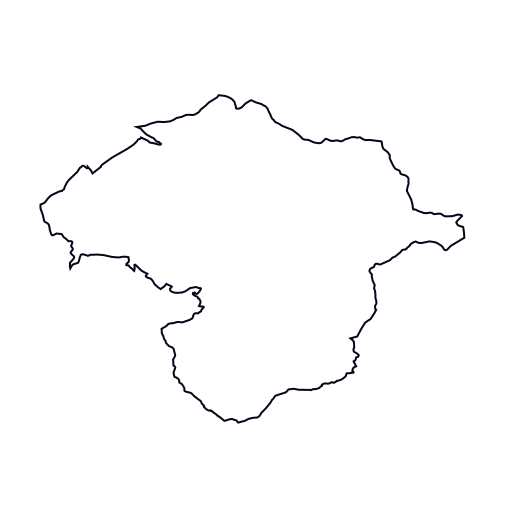 Provita De Jos, Prahova, Romania, rotated 174°
{"feature_id": "2599482B19727908456593", "entity_name": "Provita De Jos", "entity_type": "district", "adm_level": 2, "iso_a3": "ROU", "parent_name": "Romania", "parent_adm1": "Prahova", "projection": "natural_earth1", "projection_center": [25.674, 45.11], "detail": "fine", "context": "isolated", "style": "outline", "palette": "ink", "viewbox_px": 512, "rotation_deg": 174, "n_neighbors": 0, "source": "geoboundaries", "source_scale": "gbopen_adm2", "svg_char_len": 6097}
<svg xmlns="http://www.w3.org/2000/svg" viewBox="0 0 512 512"><g transform="rotate(174 256 256)"><path d="M276.3,419.8L278.3,417.7L286.7,413.7L290.8,410.5L295.8,407.3L297.3,405.5L298.3,404.8L301.8,403.2L304.2,402.8L307.1,403.4L310.9,403.6L315.2,402.2L320.8,401.5L323.5,400.1L327.4,398.9L333.2,398.8L339.8,399.8L346.6,398.8L352.4,397.1L361.1,396.8L357.3,394.7L356.0,392.7L352.4,388.4L347.7,385.1L345.6,384.0L343.3,380.8L342.3,380.0L340.6,379.4L338.7,377.4L339.3,376.7L341.6,377.1L344.1,378.2L350.1,380.1L350.7,381.1L351.8,382.2L357.9,385.8L358.0,385.3L358.6,384.8L361.1,384.2L362.6,382.4L366.2,379.5L373.3,375.8L388.7,369.0L399.3,363.0L400.8,361.6L400.9,360.9L409.9,355.2L411.2,358.3L413.9,362.1L413.9,361.1L414.9,360.9L417.8,363.6L419.4,363.8L420.6,362.7L421.9,362.1L425.1,358.2L434.2,351.1L436.2,349.0L438.8,345.1L440.0,342.4L441.3,341.8L442.3,340.8L443.6,341.0L445.0,340.7L451.7,338.4L454.1,337.3L456.6,335.3L460.4,331.3L462.7,330.3L464.9,329.8L465.2,327.8L465.3,325.6L463.7,318.8L463.0,313.0L462.4,312.0L460.0,310.4L458.8,308.9L458.3,305.3L458.4,303.8L457.4,299.2L456.7,298.0L455.7,297.8L452.1,299.2L447.3,298.2L446.7,297.6L445.2,294.7L442.5,292.3L441.3,290.6L440.9,290.3L438.1,290.0L437.3,289.3L437.4,288.0L438.8,285.5L438.8,285.0L437.5,282.8L437.4,282.1L437.9,281.1L439.8,279.3L440.0,278.5L439.4,277.3L437.3,274.9L437.0,273.5L437.7,272.3L441.7,268.7L442.2,264.7L442.0,263.0L440.0,265.8L438.7,266.8L433.7,267.8L432.6,269.6L431.4,272.9L430.1,275.4L428.9,275.9L426.4,275.3L423.2,273.8L421.8,274.0L421.0,274.5L413.5,274.0L407.4,272.8L399.2,270.1L392.8,268.9L388.0,269.2L384.8,268.7L382.9,268.1L382.9,264.3L383.5,263.2L385.7,261.7L385.9,260.5L383.7,259.9L382.3,257.8L380.2,256.0L379.5,254.6L378.7,253.9L377.9,256.6L377.9,259.8L377.4,260.1L376.9,259.9L371.4,253.4L369.7,252.1L365.9,249.7L367.7,247.8L367.6,247.0L366.0,245.7L364.3,245.1L362.5,243.9L361.3,242.0L359.8,238.6L356.3,234.7L354.3,233.1L350.1,235.5L348.1,237.6L343.0,234.5L342.9,234.3L345.0,232.2L345.0,231.0L344.0,229.6L341.1,228.1L337.5,227.5L333.0,227.5L329.9,228.3L324.8,231.0L319.3,231.4L317.4,230.8L316.2,230.0L314.8,229.9L314.2,229.5L314.8,228.0L315.9,226.8L317.2,225.5L318.7,224.5L320.2,224.9L320.8,226.1L321.5,225.7L322.4,225.9L322.8,224.8L322.2,223.9L320.8,222.8L318.5,221.5L317.8,219.7L317.0,219.5L316.0,217.1L316.0,216.2L316.3,214.9L317.9,212.1L313.4,211.0L313.4,210.4L316.0,208.0L316.3,206.9L316.8,206.4L317.9,206.2L319.4,205.1L322.3,205.4L323.8,204.9L325.8,200.7L328.7,199.4L336.1,197.7L341.0,198.6L344.6,198.0L349.5,197.8L350.5,197.5L351.4,196.5L353.6,195.2L357.5,193.5L357.7,189.0L357.4,187.9L356.5,186.0L356.4,184.6L355.9,182.8L354.7,180.7L354.6,179.0L352.1,175.6L348.8,173.8L347.6,172.2L346.7,165.7L347.0,164.9L349.4,161.5L349.3,159.1L349.6,156.0L348.2,154.4L347.9,153.6L350.1,148.8L350.2,147.6L349.7,144.3L347.8,143.4L346.1,141.9L345.3,140.3L345.6,138.7L345.4,138.1L343.0,136.3L341.4,133.0L341.1,131.8L341.3,129.7L341.1,129.2L339.9,128.4L335.4,126.8L334.3,125.9L331.8,122.7L326.1,117.5L325.3,114.9L323.3,112.4L323.6,111.9L323.5,111.2L321.2,108.6L319.2,107.3L317.5,106.8L317.3,107.2L316.2,106.5L314.9,104.9L314.6,104.9L311.6,102.1L311.0,101.1L309.8,100.5L309.8,100.1L308.6,99.4L304.9,95.5L304.3,95.3L300.4,96.2L297.1,96.5L292.5,94.4L291.4,92.4L290.8,92.2L284.2,93.3L280.4,94.8L275.7,95.4L271.5,95.2L268.9,96.8L267.3,99.2L262.5,103.2L257.2,108.3L255.3,111.0L253.7,112.3L251.8,114.6L250.5,115.2L241.3,117.1L239.8,117.8L238.6,118.9L238.4,119.4L237.4,119.9L232.3,120.0L227.1,118.4L216.8,117.3L215.6,116.8L213.2,117.6L210.4,117.4L206.9,118.1L205.1,119.6L204.0,119.9L203.8,120.4L204.0,120.9L203.7,121.3L201.1,122.1L197.4,121.5L196.1,121.7L193.9,122.6L192.1,121.8L191.4,121.8L190.7,122.3L189.4,122.7L188.9,123.3L185.6,123.7L183.3,124.5L179.7,126.7L179.1,127.6L178.2,129.8L173.8,129.7L173.0,130.1L171.5,129.7L171.1,130.2L171.4,131.0L172.1,131.5L172.2,131.9L171.3,134.1L169.9,135.1L167.9,135.9L168.5,136.9L168.6,137.9L169.9,140.4L169.9,141.1L168.6,141.6L167.9,142.2L167.0,144.7L164.9,145.2L164.2,146.5L164.5,147.2L165.4,148.2L168.3,150.3L168.7,151.0L168.9,151.7L168.8,153.1L167.9,154.7L167.6,160.3L168.9,162.5L170.7,164.2L163.7,165.4L159.3,172.0L154.8,177.9L153.8,178.7L148.7,181.3L144.2,186.8L142.1,189.9L142.9,190.8L142.8,193.9L141.3,196.1L141.0,197.5L141.6,202.4L141.3,204.5L141.2,207.7L141.5,209.8L142.0,211.6L141.0,214.4L142.6,219.5L143.0,223.8L142.7,224.8L142.8,225.7L144.3,227.9L144.8,229.3L143.8,231.3L139.7,232.9L138.8,235.0L137.7,235.7L136.1,235.6L134.4,234.7L132.8,234.7L123.3,237.8L120.4,240.1L117.5,241.0L112.2,244.5L110.3,246.4L108.9,246.9L106.8,246.9L105.7,247.3L104.7,248.5L102.2,250.0L100.9,251.8L96.9,253.6L95.5,253.6L93.0,252.1L90.2,251.6L81.9,252.4L76.8,251.1L74.5,249.9L70.5,246.8L69.5,245.5L68.2,242.8L67.5,242.2L66.8,241.9L65.1,242.4L61.2,245.7L46.9,252.4L46.7,258.1L46.9,263.0L47.1,263.3L50.4,264.6L51.7,265.4L52.5,266.4L53.3,268.3L52.9,269.1L51.8,270.2L47.3,273.9L46.9,274.3L47.1,275.0L49.0,275.7L51.3,276.1L56.4,275.1L63.4,275.6L65.1,276.4L67.6,278.6L69.2,279.0L74.4,279.0L74.9,279.1L76.3,280.3L77.7,280.9L82.7,280.8L84.9,281.4L90.3,284.0L92.4,285.5L94.6,285.8L94.9,286.2L95.0,290.9L95.8,296.1L99.1,304.8L98.9,306.2L97.7,309.7L96.7,311.8L96.6,314.8L96.2,316.5L96.4,317.7L97.1,318.9L98.9,320.5L101.9,321.7L103.6,322.6L104.1,325.1L104.4,325.7L105.2,326.4L107.8,327.8L109.0,329.2L110.1,331.5L112.3,337.5L112.8,340.1L112.4,341.8L112.8,343.2L114.6,346.0L117.5,348.6L118.4,350.0L118.9,352.1L119.0,355.6L119.3,356.9L131.2,359.6L134.9,359.8L137.6,361.1L140.2,363.2L142.7,363.1L146.4,364.1L148.7,364.1L153.3,363.0L154.9,362.8L158.6,361.2L159.7,361.2L163.2,362.5L167.5,362.4L169.8,362.8L173.8,365.2L174.8,365.1L179.0,361.9L180.3,361.6L181.9,361.6L186.3,362.8L191.8,366.0L195.2,366.6L197.2,367.5L200.7,371.9L206.6,377.6L216.4,382.7L219.3,385.1L223.0,387.3L224.0,389.2L225.5,390.7L226.3,392.6L227.0,395.4L227.8,397.1L229.3,401.8L231.1,404.1L233.0,405.1L234.6,406.5L240.1,408.8L244.2,411.3L245.0,411.4L250.6,408.7L254.0,405.8L255.7,404.9L257.5,404.4L259.7,404.5L260.5,405.1L260.4,406.6L261.4,411.7L263.0,413.9L264.9,415.7L268.6,417.8L270.7,418.6L276.3,419.8Z" fill="none" stroke="#020617" stroke-width="2"/></g></svg>